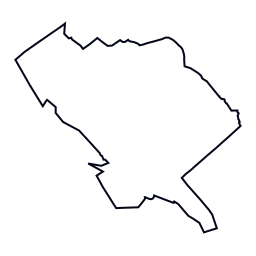 outline of Castaños, Coahuila, Mexico
{"feature_id": "50627088B99449096184817", "entity_name": "Castaños", "entity_type": "district", "adm_level": 2, "iso_a3": "MEX", "parent_name": "Mexico", "parent_adm1": "Coahuila", "projection": "orthographic", "projection_center": [-101.298, 26.539], "detail": "fine", "context": "isolated", "style": "outline", "palette": "ink", "viewbox_px": 256, "rotation_deg": 0, "n_neighbors": 0, "source": "geoboundaries", "source_scale": "gbopen_adm2", "svg_char_len": 2322}
<svg xmlns="http://www.w3.org/2000/svg" viewBox="0 0 256 256"><path d="M38.8,41.9L24.3,52.1L15.4,59.8L24.4,75.6L29.6,84.8L42.8,106.2L46.0,101.1L47.0,99.9L48.1,100.7L55.7,107.1L55.7,113.0L60.1,118.3L63.1,122.0L79.2,130.6L80.5,132.1L81.9,133.6L89.5,141.8L93.1,145.8L99.8,153.2L100.4,155.0L101.3,155.7L102.1,155.9L102.2,156.4L103.6,159.7L104.5,159.7L105.2,159.7L108.3,162.9L102.8,165.2L101.3,165.8L88.2,163.5L97.2,168.4L102.9,171.6L96.6,175.7L102.8,187.0L106.6,193.0L108.2,195.5L110.8,199.7L112.2,201.9L113.1,203.4L116.2,208.1L123.6,207.8L138.3,207.3L142.9,201.6L144.2,199.8L144.5,199.7L144.8,199.1L145.0,198.7L145.1,198.3L145.2,198.2L145.1,197.9L144.9,197.7L144.8,197.4L144.8,197.2L145.9,197.4L147.6,198.2L149.2,198.9L151.2,199.2L152.9,198.5L153.9,196.9L154.1,195.5L173.6,202.9L174.2,201.5L178.2,204.0L188.4,215.9L192.7,218.4L199.4,222.9L204.0,232.4L207.8,231.1L216.8,228.3L212.3,214.8L210.7,212.4L209.7,211.0L209.0,209.9L208.9,209.8L208.7,209.6L208.4,209.3L208.3,209.1L208.1,208.9L208.0,208.7L207.1,207.7L206.8,207.4L206.6,207.1L203.9,203.9L200.5,199.8L187.4,185.1L181.8,177.9L186.3,173.5L189.3,171.3L191.8,169.2L194.6,166.6L197.6,164.0L203.2,159.1L206.3,156.4L207.0,155.7L208.1,154.8L209.4,153.7L209.9,153.3L210.3,152.9L211.2,152.2L212.2,151.3L215.5,148.5L224.4,140.5L224.5,140.5L233.9,132.0L238.2,128.1L240.6,125.9L239.2,123.5L239.1,122.2L239.7,121.9L239.1,120.6L238.8,119.6L238.2,118.9L238.1,117.3L237.7,115.8L237.7,115.3L238.4,114.2L238.6,113.2L237.3,111.9L237.4,110.5L236.2,110.5L231.4,110.6L226.7,103.4L226.1,103.3L225.7,102.6L224.7,101.4L224.6,99.6L223.8,99.1L222.8,99.1L222.2,98.8L221.5,99.0L219.0,96.4L219.1,96.2L218.6,95.9L206.6,81.1L205.4,80.5L204.4,79.8L203.3,79.2L203.0,78.9L202.2,78.4L201.8,77.5L201.7,76.8L200.9,75.6L198.2,73.1L190.5,68.2L184.6,66.3L184.1,58.5L184.3,56.9L184.0,54.6L183.9,54.2L183.0,50.9L182.2,48.8L180.5,46.7L179.0,45.6L175.6,42.1L172.8,39.8L172.0,39.4L168.8,37.7L168.7,37.6L165.5,37.6L161.3,39.4L160.3,39.6L152.4,41.8L147.3,43.1L143.0,44.6L140.5,45.1L139.5,45.3L138.3,43.9L134.6,42.3L129.5,41.2L128.1,39.8L127.7,40.1L125.0,41.9L124.9,41.9L122.7,42.0L120.1,40.1L112.0,45.6L107.6,45.9L102.5,42.1L97.3,38.0L89.8,44.1L83.0,48.9L80.6,45.7L72.0,39.4L71.3,37.7L68.9,38.4L64.2,33.8L65.0,23.6L63.2,25.0L60.1,27.2L50.5,33.8L43.9,38.4L38.8,41.9Z" fill="none" stroke="#020617" stroke-width="2"/></svg>